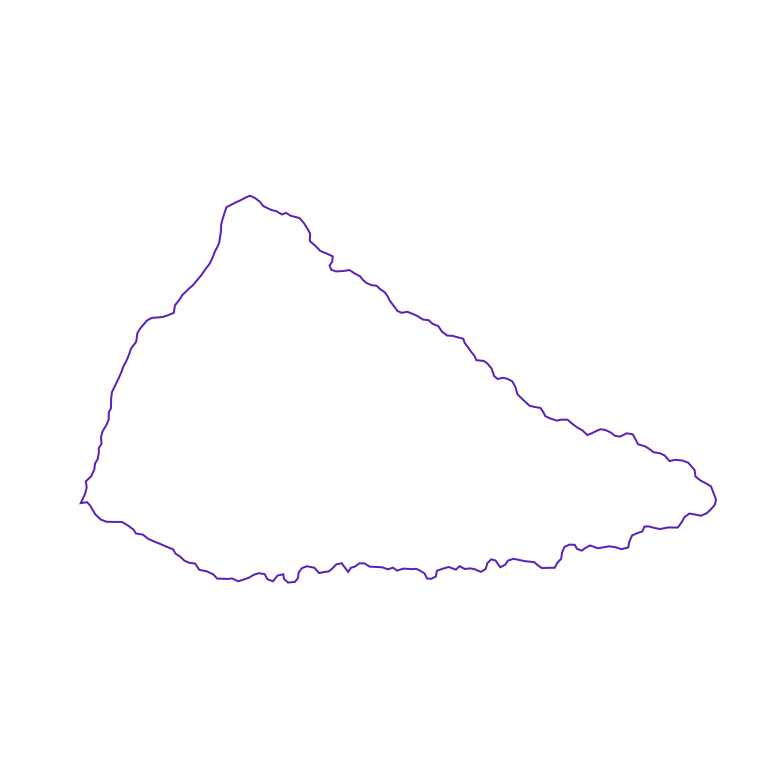 the district of Getulina, São Paulo, Brazil, rotated 173°
{"feature_id": "56859067B55515932060106", "entity_name": "Getulina", "entity_type": "district", "adm_level": 2, "iso_a3": "BRA", "parent_name": "Brazil", "parent_adm1": "São Paulo", "projection": "mercator", "projection_center": [-50.049, -21.812], "detail": "fine", "context": "isolated", "style": "outline", "palette": "violet", "viewbox_px": 768, "rotation_deg": 173, "n_neighbors": 0, "source": "geoboundaries", "source_scale": "gbopen_adm2", "svg_char_len": 3727}
<svg xmlns="http://www.w3.org/2000/svg" viewBox="0 0 768 768"><g transform="rotate(173 384 384)"><path d="M109.8,205.7L105.2,210.8L101.8,215.4L96.6,218.2L92.3,216.9L85.3,214.6L79.4,216.4L75.4,219.3L70.5,223.7L68.5,228.6L70.1,235.2L71.9,242.5L76.9,246.4L81.5,249.5L86.1,254.2L86.2,260.8L91.6,268.8L97.3,271.7L104.0,273.3L110.0,272.7L114.1,278.8L118.6,281.7L124.7,283.4L129.0,287.6L132.8,290.5L139.2,293.2L141.3,299.0L143.2,303.7L149.0,305.5L156.2,303.0L161.0,304.4L165.2,308.5L170.0,311.4L174.5,312.7L179.3,311.4L184.1,309.7L188.3,308.5L192.8,313.9L198.1,317.8L201.9,321.5L206.2,326.2L212.1,327.0L216.9,326.6L223.2,329.5L227.8,332.4L229.5,337.1L231.6,341.2L236.9,342.7L242.1,344.6L248.2,351.7L252.8,357.5L254.0,365.3L256.5,371.2L261.5,374.4L265.5,375.7L270.6,375.1L273.7,378.5L275.3,386.1L278.7,391.5L282.0,394.7L289.4,396.4L290.9,401.1L293.4,405.0L296.3,410.5L298.9,414.9L299.8,419.3L305.0,421.3L310.2,423.5L315.4,424.4L320.2,429.0L323.1,434.9L328.5,437.9L331.9,441.9L337.6,443.3L342.3,447.2L347.3,450.3L352.0,452.8L357.7,452.5L361.6,454.7L364.7,460.0L368.3,466.4L369.7,470.6L372.2,475.1L376.3,478.6L379.3,482.4L384.5,483.7L389.3,486.6L392.4,490.1L394.6,493.8L399.4,497.1L404.4,501.3L410.7,501.1L418.0,501.6L422.5,503.9L423.6,508.3L420.5,511.7L419.3,516.9L424.8,520.4L430.9,523.7L435.1,529.3L440.2,534.9L439.0,542.3L441.8,549.1L444.2,554.1L447.8,559.1L456.0,562.3L460.4,565.8L464.6,564.7L469.8,568.6L474.4,570.4L478.0,572.6L482.1,575.3L485.0,580.1L489.6,584.5L494.1,587.2L498.6,586.0L503.6,584.0L509.7,582.1L518.8,578.7L521.5,573.1L524.4,566.7L526.2,562.0L527.1,555.8L528.9,549.6L530.3,544.5L532.6,540.4L535.5,536.5L538.6,530.6L542.3,524.8L548.7,518.1L552.1,514.2L557.3,509.4L561.8,505.2L565.6,502.7L573.3,496.9L576.2,493.2L581.9,487.6L583.9,480.3L589.9,478.6L595.0,477.6L599.2,477.6L606.4,477.9L611.6,475.9L614.8,472.9L619.0,469.1L622.5,464.7L624.8,456.2L630.7,450.0L633.2,444.9L635.4,440.8L637.7,437.1L640.4,433.4L643.5,427.3L647.2,421.2L650.8,415.6L655.1,409.0L656.6,402.7L658.0,393.2L660.7,389.1L661.5,382.4L664.4,377.3L669.2,371.2L671.4,365.6L671.6,359.2L674.8,355.3L675.5,350.3L677.3,344.4L680.5,340.3L681.9,334.6L685.9,328.1L691.8,323.7L691.7,317.5L694.3,311.0L699.5,302.7L693.2,302.9L690.4,299.1L688.4,294.2L686.3,289.6L681.6,283.9L676.0,281.0L668.6,280.0L661.0,279.0L655.7,275.0L650.4,270.0L648.3,265.8L641.7,263.9L636.9,259.0L631.3,255.7L624.7,252.0L618.6,248.4L613.5,245.6L611.6,241.0L607.1,237.3L603.7,233.0L599.1,230.3L593.4,228.8L589.9,222.0L582.6,219.6L576.7,215.9L573.3,211.2L567.4,210.3L563.2,209.6L558.4,209.5L552.7,205.9L548.0,206.9L541.9,208.1L536.7,210.4L531.4,211.5L525.6,209.8L523.6,204.5L518.3,201.7L512.9,206.9L507.1,207.4L507.1,203.0L503.5,198.6L496.6,198.4L493.1,201.8L491.6,207.4L488.0,211.2L482.7,212.5L475.5,210.1L471.4,204.2L465.9,204.7L461.7,204.7L458.1,206.9L453.3,210.8L447.8,211.2L445.2,206.5L442.4,201.8L439.3,205.6L435.0,206.4L430.4,209.0L425.4,208.4L420.5,204.5L414.3,203.4L407.8,202.2L402.8,199.6L397.4,200.6L393.8,197.2L387.2,198.4L379.2,196.9L374.5,196.6L370.8,194.2L366.8,191.0L365.0,185.7L360.9,184.9L355.9,186.7L354.3,192.2L348.2,193.5L342.1,194.5L335.3,191.0L331.2,194.0L326.5,190.6L320.9,190.5L316.5,189.1L310.8,185.7L305.7,187.9L303.2,193.6L298.9,196.9L294.8,195.2L290.9,187.9L285.5,190.0L282.6,193.6L276.7,194.7L270.6,192.7L266.2,191.1L261.9,190.1L256.5,188.8L253.1,185.0L249.7,182.1L243.1,181.5L237.0,180.8L233.7,185.4L229.5,188.9L227.8,195.0L224.8,200.3L219.4,202.0L214.2,201.1L212.6,196.9L208.1,194.5L204.2,196.7L199.0,198.6L191.9,194.9L185.4,195.2L180.5,195.5L174.5,193.9L168.4,191.1L161.6,191.9L159.6,197.8L156.2,203.5L149.6,205.4L145.5,206.2L142.9,210.8L138.7,210.4L133.1,208.2L127.6,206.4L119.7,207.0L109.8,205.7Z" fill="none" stroke="#5b21b6" stroke-width="2"/></g></svg>